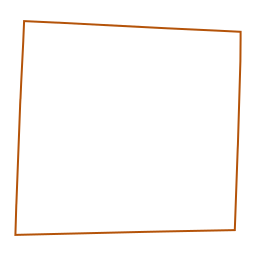 the district of Randolph, North Carolina, United States of America
{"feature_id": "52423323B72128668432216", "entity_name": "Randolph", "entity_type": "district", "adm_level": 2, "iso_a3": "USA", "parent_name": "United States of America", "parent_adm1": "North Carolina", "projection": "robinson", "projection_center": [-79.833, 35.713], "detail": "fine", "context": "isolated", "style": "outline", "palette": "amber", "viewbox_px": 256, "rotation_deg": 0, "n_neighbors": 0, "source": "geoboundaries", "source_scale": "gbopen_adm2", "svg_char_len": 430}
<svg xmlns="http://www.w3.org/2000/svg" viewBox="0 0 256 256"><path d="M24.1,21.1L23.3,40.1L23.3,40.7L21.2,82.4L20.5,98.5L20.4,99.2L20.1,105.3L20.1,106.0L16.4,203.4L16.3,204.7L15.4,234.9L143.7,231.9L162.4,231.5L234.8,230.1L237.7,148.7L237.9,144.8L240.4,61.0L240.6,38.4L240.6,36.7L240.6,31.8L216.5,30.6L216.4,30.6L167.1,28.3L145.7,27.2L60.8,22.8L59.5,22.7L56.1,22.6L24.1,21.1Z" fill="none" stroke="#b45309" stroke-width="2"/></svg>